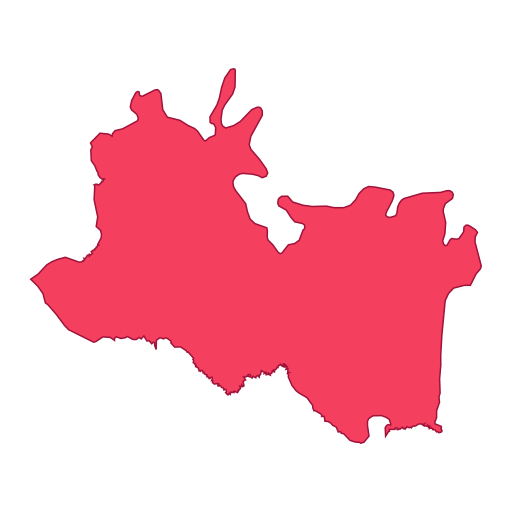 outline of Kham Ta Kla, Sakon Nakhon, Thailand
{"feature_id": "78962969B89858575119676", "entity_name": "Kham Ta Kla", "entity_type": "district", "adm_level": 2, "iso_a3": "THA", "parent_name": "Thailand", "parent_adm1": "Sakon Nakhon", "projection": "orthographic", "projection_center": [103.783, 17.84], "detail": "fine", "context": "isolated", "style": "filled", "palette": "rose", "viewbox_px": 512, "rotation_deg": 0, "n_neighbors": 0, "source": "geoboundaries", "source_scale": "gbopen_adm2", "svg_char_len": 6057}
<svg xmlns="http://www.w3.org/2000/svg" viewBox="0 0 512 512"><path d="M470.4,285.3L476.1,273.9L480.3,269.0L481.3,266.1L475.0,242.0L475.2,236.9L477.5,232.4L475.4,229.7L469.9,226.1L467.7,225.1L466.0,225.2L464.0,227.0L463.6,232.0L458.8,238.7L456.4,239.2L451.5,238.5L449.8,240.2L447.1,245.2L445.1,245.6L443.6,244.1L442.7,240.8L444.9,233.7L445.7,222.5L443.2,211.5L443.4,208.6L445.4,203.6L452.4,198.5L453.3,194.8L452.3,192.3L449.6,190.6L446.8,190.7L440.6,192.4L422.4,193.2L404.3,198.4L401.7,200.0L399.3,203.2L397.7,207.0L396.9,213.0L395.7,215.7L390.2,217.4L387.1,216.9L385.6,215.0L386.5,211.9L392.0,201.3L393.7,196.5L393.8,194.6L392.9,192.0L390.1,190.0L375.2,187.1L368.6,186.5L363.7,188.8L359.1,193.5L355.8,199.5L350.7,205.1L343.7,207.7L334.1,207.7L326.4,206.1L312.2,206.5L303.3,205.3L292.7,202.0L287.7,196.2L281.7,196.3L279.4,197.9L278.2,199.7L277.8,203.4L278.8,205.9L286.3,210.1L290.8,217.2L294.7,221.8L302.3,223.5L304.3,224.7L304.8,226.7L304.4,229.0L303.1,229.9L299.2,240.3L294.5,243.6L288.4,244.8L281.8,253.2L280.2,253.6L278.4,252.6L272.8,244.8L268.1,240.1L267.2,237.4L267.4,230.7L266.8,227.8L254.9,223.6L250.1,219.1L247.4,211.6L245.7,203.7L235.5,190.4L233.5,186.4L232.9,182.3L233.6,179.8L235.7,176.6L239.7,174.0L242.8,173.4L252.5,174.2L258.4,175.7L262.2,177.7L266.2,176.2L267.7,173.0L266.2,168.8L259.6,159.5L250.9,149.4L249.2,144.7L250.8,136.4L262.3,115.3L262.3,110.9L260.8,108.1L259.1,107.2L257.2,107.2L251.8,109.6L240.3,121.5L233.5,125.7L225.6,128.0L222.5,125.9L221.4,123.3L221.0,119.4L222.2,110.2L224.8,104.9L232.6,94.0L235.0,87.0L235.3,70.6L234.8,69.1L233.6,68.8L230.5,69.6L224.8,78.0L221.6,87.5L219.3,98.3L216.9,105.0L210.0,116.8L210.1,122.4L211.8,123.6L213.7,123.8L215.7,127.6L215.3,134.3L214.7,135.4L209.3,137.6L205.6,140.9L203.9,140.3L197.6,131.2L194.7,128.6L187.9,125.4L179.9,120.3L167.4,117.2L162.8,109.8L160.9,93.6L158.6,90.3L157.3,89.6L155.1,89.9L142.4,96.2L140.7,96.0L139.5,95.0L139.2,92.0L137.5,91.5L135.8,92.7L131.7,100.5L130.3,107.0L131.5,109.9L136.9,114.4L138.3,118.4L137.5,120.8L122.5,128.9L115.1,130.6L112.5,133.7L112.1,136.2L108.7,134.1L100.0,133.2L90.5,142.9L92.3,146.9L90.8,149.9L91.3,160.7L94.8,165.7L97.1,171.5L98.0,172.2L98.1,174.6L99.9,177.5L102.4,179.3L103.7,178.7L104.5,179.0L103.6,179.6L102.8,181.5L101.7,181.3L101.2,182.8L99.0,184.7L97.5,185.0L97.3,184.3L95.5,184.2L94.2,184.9L94.8,185.1L94.1,199.7L97.7,216.9L96.2,226.5L100.5,230.4L101.5,234.2L101.2,237.7L98.1,243.7L98.6,245.1L97.6,244.9L97.2,246.8L96.3,247.0L95.6,248.6L94.5,249.1L94.4,250.2L93.3,250.2L91.2,251.6L92.4,253.5L90.8,254.9L89.4,254.2L89.1,256.1L88.4,255.1L87.4,255.3L85.2,258.7L83.9,258.3L84.3,259.9L83.7,261.0L83.0,260.7L81.6,261.9L79.3,262.2L65.4,257.3L58.1,259.2L51.9,261.7L46.8,264.8L38.1,274.1L30.7,279.2L37.8,286.2L43.0,293.7L45.4,302.9L47.8,304.6L56.4,314.5L64.5,325.4L68.6,329.7L93.7,342.2L95.8,341.6L102.9,336.9L110.2,337.4L114.5,340.4L114.5,338.3L116.4,336.8L121.0,338.5L125.3,337.7L127.3,336.5L132.6,339.3L134.5,339.6L136.5,339.4L139.0,337.4L141.2,338.9L143.9,336.0L146.9,341.0L149.3,340.8L151.7,343.8L153.3,342.3L154.6,342.6L154.6,345.4L156.2,349.5L156.4,340.3L159.4,338.1L160.9,337.8L163.4,338.9L165.4,337.9L166.9,338.1L171.2,341.3L170.9,342.9L174.7,347.1L180.6,346.9L186.4,350.8L187.1,352.2L188.3,352.2L193.6,358.3L192.9,359.5L193.7,360.4L193.2,362.7L195.1,363.6L194.9,364.6L195.9,365.1L195.7,366.3L196.2,366.1L196.3,366.9L198.0,367.6L199.2,371.0L199.9,370.6L200.4,371.3L201.6,370.3L202.8,371.1L203.1,372.8L204.0,372.4L204.5,374.1L206.8,374.7L206.5,375.7L207.1,376.0L207.0,376.8L208.7,377.2L209.1,378.6L210.0,378.5L210.9,377.3L212.3,377.4L212.3,378.9L211.5,380.6L212.6,380.6L212.5,382.6L214.4,384.1L217.3,383.5L218.8,383.9L218.8,384.5L217.7,385.0L218.2,386.1L220.6,385.7L221.6,387.5L223.3,387.9L224.0,390.0L225.1,389.2L226.4,390.2L226.4,391.8L225.6,392.6L227.6,394.8L228.4,394.7L229.0,393.4L230.2,394.4L230.6,392.1L232.1,392.6L233.3,391.9L234.0,392.5L234.3,391.2L237.5,392.6L238.3,391.3L238.1,390.4L239.0,390.3L239.3,389.2L240.1,389.0L240.5,387.7L239.8,386.3L241.1,386.7L241.7,384.9L242.7,386.6L244.0,385.8L243.1,381.4L245.6,379.9L243.6,377.0L246.0,376.9L246.7,376.1L248.9,376.6L248.0,375.0L249.8,374.3L250.7,375.8L250.0,376.4L252.1,378.0L253.2,376.3L255.8,377.8L256.1,376.6L257.5,375.5L259.2,377.1L259.3,375.0L260.4,374.8L261.4,370.5L263.4,372.0L264.8,372.1L264.2,373.5L266.4,372.6L266.1,374.7L267.4,374.5L268.4,373.4L268.5,374.4L270.2,375.1L269.7,373.8L271.7,373.4L272.1,371.2L273.5,370.1L273.4,371.7L274.5,371.9L274.4,370.7L276.7,368.5L276.9,367.4L278.0,367.5L278.2,365.8L279.8,365.3L280.3,364.2L282.4,366.4L284.7,366.4L284.8,365.8L283.1,364.9L283.1,364.0L284.0,363.8L286.0,365.2L286.1,366.0L285.1,367.0L287.1,366.8L286.0,369.3L287.9,368.7L287.8,371.9L289.0,372.5L287.6,372.7L287.4,373.5L288.5,374.7L288.3,377.0L292.0,385.5L296.0,390.6L298.8,392.9L306.9,397.6L312.7,405.5L312.8,407.9L314.0,410.8L315.0,410.6L320.8,413.9L322.0,415.8L321.7,416.5L324.2,416.3L324.9,421.2L328.1,421.5L330.7,423.0L332.6,425.2L336.3,427.1L338.2,432.0L340.5,431.7L341.2,433.2L343.8,433.8L350.0,440.4L355.1,442.0L359.3,442.3L360.7,443.2L364.0,442.2L369.0,436.1L367.5,425.7L367.5,421.3L368.7,418.6L372.9,415.8L381.5,415.6L386.1,417.3L389.3,419.4L390.8,424.2L390.5,425.2L388.2,424.6L386.6,425.5L385.2,427.8L385.6,436.2L388.4,431.8L389.5,431.3L389.3,429.4L395.0,429.4L395.3,428.0L396.4,427.9L397.4,428.2L397.1,429.5L397.9,429.7L399.5,428.9L400.0,429.2L402.3,427.2L403.4,428.8L404.4,428.9L405.0,428.2L405.4,428.8L406.9,426.8L409.1,427.7L410.7,427.2L411.2,427.9L412.8,426.2L415.5,426.0L418.7,424.0L422.0,424.0L422.4,424.8L424.4,423.9L423.4,425.3L424.3,426.1L425.8,425.8L427.3,426.4L427.7,425.3L428.2,426.4L429.4,426.0L428.8,427.6L429.9,427.5L429.7,428.4L431.0,427.6L431.2,428.3L432.8,428.6L432.7,429.6L435.0,429.9L436.5,431.9L438.0,431.8L438.8,432.7L441.0,432.2L441.9,431.2L441.9,430.1L440.9,428.9L441.5,427.1L441.1,426.3L435.0,423.8L434.8,422.4L436.6,417.6L436.6,410.8L439.5,402.3L439.0,396.8L440.1,393.1L439.6,379.0L440.8,365.1L440.7,355.6L441.9,334.7L445.2,300.6L448.5,293.5L453.6,288.1L464.5,285.3L470.4,285.3Z" fill="#f43f5e" stroke="#9f1239" stroke-width="1.5"/></svg>